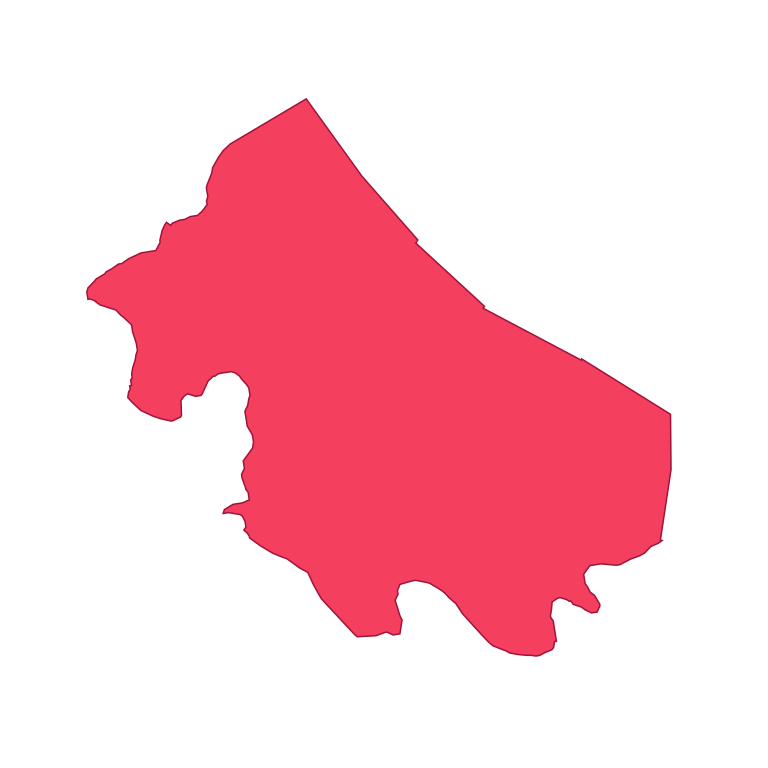 Guhayna Al-Gharbiyya, Suhaj, Egypt (Mercator projection), rotated 170°
{"feature_id": "37247803B67659065091710", "entity_name": "Guhayna Al-Gharbiyya", "entity_type": "district", "adm_level": 2, "iso_a3": "EGY", "parent_name": "Egypt", "parent_adm1": "Suhaj", "projection": "mercator", "projection_center": [31.495, 26.688], "detail": "fine", "context": "isolated", "style": "filled", "palette": "rose", "viewbox_px": 768, "rotation_deg": 170, "n_neighbors": 0, "source": "geoboundaries", "source_scale": "gbopen_adm2", "svg_char_len": 3350}
<svg xmlns="http://www.w3.org/2000/svg" viewBox="0 0 768 768"><g transform="rotate(170 384 384)"><path d="M547.3,264.6L546.7,263.4L544.9,261.5L543.1,257.7L543.1,255.8L541.3,253.9L537.7,250.1L535.8,248.2L534.0,246.3L527.3,240.4L523.0,236.7L513.8,230.9L510.1,228.9L499.1,217.5L493.9,213.4L491.8,211.7L489.4,202.6L488.3,198.5L485.0,189.0L483.0,183.4L461.1,149.5L455.9,141.6L454.1,139.7L435.4,137.5L426.1,139.2L424.2,139.2L418.7,135.3L414.5,135.2L411.7,135.2L411.1,137.0L409.2,142.6L407.2,148.5L408.2,151.6L408.7,154.0L409.4,159.9L410.6,169.0L406.7,174.6L406.6,178.3L403.1,183.9L393.6,184.9L389.4,185.2L387.9,185.3L386.5,185.0L376.8,181.3L375.5,180.8L372.7,179.1L371.1,177.6L365.7,173.1L362.8,170.3L359.8,166.8L358.1,164.0L357.4,162.7L352.4,156.5L351.6,155.6L351.0,154.5L346.6,144.2L340.8,134.9L339.9,133.5L336.6,128.3L333.0,122.6L331.5,120.2L326.3,112.4L325.6,111.4L322.2,107.3L316.6,103.8L313.0,101.6L309.9,99.8L307.2,97.4L303.7,96.1L299.5,94.5L298.2,94.1L290.9,92.1L288.9,91.7L286.8,91.4L281.5,89.7L277.8,89.7L272.2,91.5L264.7,93.2L262.7,95.1L260.8,100.7L258.9,100.6L258.7,110.0L258.7,111.9L258.5,119.4L258.5,121.3L260.3,125.1L260.3,127.0L258.3,132.6L256.3,140.1L251.0,142.6L247.8,143.2L245.0,141.7L241.3,139.8L239.5,137.9L237.7,137.9L235.9,134.1L228.5,130.2L224.8,126.4L219.3,122.5L216.4,122.5L213.7,122.4L209.9,128.0L209.8,129.9L213.4,139.3L217.0,143.1L218.8,148.8L220.6,152.6L220.5,158.2L220.4,162.0L216.6,165.7L212.8,169.4L209.1,169.3L207.2,169.3L201.6,169.2L194.2,167.2L186.7,165.2L183.0,165.1L177.4,166.9L171.8,168.7L162.4,170.4L156.8,172.2L149.2,177.7L141.7,179.5L137.3,181.6L138.9,182.3L116.2,249.9L107.1,304.4L185.0,374.4L185.6,373.2L273.3,441.4L271.5,443.0L328.2,517.2L325.7,520.0L369.6,592.4L411.1,678.3L493.7,647.1L501.8,641.8L507.5,636.2L515.1,627.0L517.1,621.4L522.9,612.1L524.8,608.4L525.0,599.0L527.0,595.3L527.0,591.5L532.7,586.0L538.4,582.4L545.9,582.5L551.5,580.7L557.1,580.8L561.5,579.8L564.6,579.1L566.5,577.2L570.1,581.0L572.0,579.2L575.9,573.6L579.8,564.3L579.8,562.5L585.6,555.0L592.0,555.2L600.5,555.3L613.6,551.8L617.4,550.0L621.1,548.2L624.8,548.2L628.6,546.4L632.4,544.6L638.0,542.8L639.9,541.0L642.4,540.0L649.3,537.4L651.2,535.6L658.8,530.1L660.7,526.3L660.8,522.6L660.8,520.1L660.9,518.8L659.0,518.8L655.3,516.9L651.7,513.0L649.8,511.1L646.1,509.2L638.8,505.3L635.1,503.4L631.5,497.7L629.6,495.8L622.4,486.2L622.5,478.7L620.9,467.5L621.0,459.9L623.0,456.2L625.0,450.6L626.3,448.1L627.2,446.4L628.8,443.2L630.8,437.6L630.9,433.8L632.8,432.0L632.9,426.4L634.8,426.4L634.9,422.6L636.8,420.8L638.7,415.2L635.1,409.5L627.9,400.0L616.8,392.3L613.1,390.3L609.5,388.4L600.2,384.5L598.3,384.5L590.2,386.8L588.9,388.0L586.8,403.0L583.0,406.7L579.2,408.5L575.5,406.6L571.8,404.6L566.2,404.5L564.3,406.4L560.5,412.0L556.7,417.5L551.0,421.2L549.1,421.1L545.4,422.9L539.8,422.9L536.0,422.8L532.3,422.7L528.6,420.8L525.0,417.0L523.2,413.2L519.6,407.5L517.8,403.7L517.9,399.9L517.9,396.2L519.9,392.5L521.8,386.9L525.7,381.3L525.8,377.5L525.8,375.7L525.9,370.0L526.0,366.3L522.5,356.8L522.5,355.0L522.6,349.3L524.6,343.7L526.5,341.9L530.3,338.2L536.0,332.7L536.1,325.2L540.0,319.6L540.1,315.8L538.4,306.4L538.4,304.5L536.6,300.8L536.7,298.9L536.8,293.2L544.3,291.5L553.6,291.7L563.0,288.1L564.9,284.4L559.3,284.3L548.2,280.3L546.4,278.4L544.7,272.7L544.8,267.1L547.3,264.6Z" fill="#f43f5e" stroke="#9f1239" stroke-width="1.5"/></g></svg>